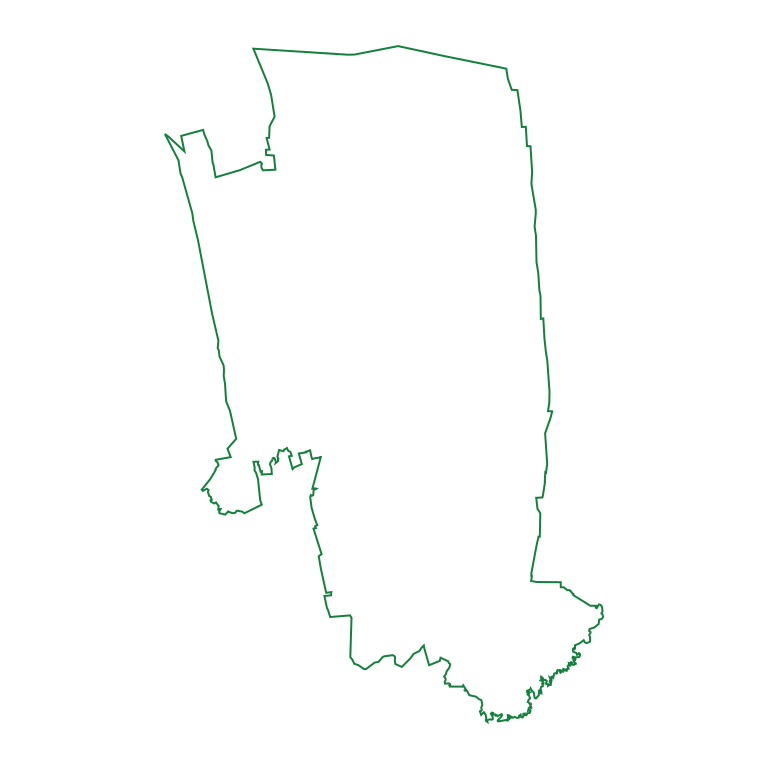 Ciudad Valles, San Luis Potosí, Mexico (Natural Earth projection)
{"feature_id": "50627088B67869096393149", "entity_name": "Ciudad Valles", "entity_type": "district", "adm_level": 2, "iso_a3": "MEX", "parent_name": "Mexico", "parent_adm1": "San Luis Potosí", "projection": "natural_earth1", "projection_center": [-99.028, 22.078], "detail": "fine", "context": "isolated", "style": "outline", "palette": "green", "viewbox_px": 768, "rotation_deg": 0, "n_neighbors": 0, "source": "geoboundaries", "source_scale": "gbopen_adm2", "svg_char_len": 6116}
<svg xmlns="http://www.w3.org/2000/svg" viewBox="0 0 768 768"><path d="M212.1,313.7L218.4,340.7L217.7,348.3L218.8,350.4L219.5,356.5L223.6,365.5L224.0,370.0L223.7,376.1L225.0,383.5L226.1,401.2L230.0,410.9L236.2,438.8L227.5,448.7L230.7,457.1L215.7,459.8L215.7,460.8L217.6,462.5L218.5,465.4L215.7,468.6L215.8,469.5L213.6,473.6L210.0,479.4L201.7,489.7L202.8,490.9L206.8,488.7L208.6,490.2L207.9,492.1L209.2,496.0L210.7,496.7L211.8,499.8L210.5,500.2L210.8,501.6L214.1,503.5L216.0,502.4L218.7,506.3L218.2,509.6L218.8,510.1L219.5,509.1L220.6,509.0L219.1,511.9L219.5,513.2L225.2,514.6L228.1,511.5L228.7,512.2L229.5,512.0L232.3,513.2L235.0,512.9L236.9,510.6L242.4,511.7L244.3,513.3L261.8,504.7L260.2,500.3L258.0,479.2L256.1,472.9L254.5,470.3L254.7,467.6L253.5,461.8L258.3,461.7L257.9,464.1L258.4,465.3L258.8,465.2L260.6,471.8L261.9,471.2L261.7,474.5L271.8,474.0L271.4,467.9L269.9,464.1L270.9,461.7L272.1,460.7L272.7,458.4L273.7,457.8L274.6,458.3L276.0,462.4L275.8,462.9L278.1,461.1L277.8,459.1L278.4,458.8L277.4,456.7L279.1,450.0L283.4,451.2L284.4,449.4L285.1,449.4L286.9,448.0L288.3,450.9L290.3,451.8L291.8,455.8L289.0,456.3L292.6,469.1L294.4,467.3L301.8,464.1L298.8,453.5L306.1,452.3L305.9,451.7L310.1,450.3L311.4,456.8L312.3,459.1L315.8,458.0L320.1,457.6L320.3,457.0L320.8,457.0L312.4,488.7L314.9,488.3L316.4,488.7L315.4,489.3L313.7,489.3L313.2,495.2L311.9,495.8L310.8,495.1L310.2,497.1L311.6,507.8L314.8,518.9L317.3,525.1L315.0,526.3L315.9,528.1L313.5,528.6L321.6,554.2L318.7,556.2L321.0,569.4L326.2,592.8L331.3,592.1L331.0,595.3L324.4,596.0L327.0,608.2L327.9,609.7L330.2,617.0L350.1,615.4L351.5,617.9L350.3,657.1L352.3,659.6L354.4,663.8L358.1,665.0L363.9,669.0L365.9,669.2L374.6,662.6L378.5,661.9L382.4,657.3L383.8,656.4L392.5,655.2L394.1,655.8L395.1,657.2L394.8,661.0L395.4,664.0L401.8,666.9L410.1,658.7L413.6,653.9L419.5,650.9L421.3,648.0L423.8,645.5L424.0,647.3L429.1,665.2L439.8,660.9L440.5,657.7L448.2,661.3L448.7,662.9L450.2,664.2L449.4,667.6L446.7,671.2L445.8,674.3L444.1,676.5L445.5,678.4L445.6,680.1L444.7,681.9L445.0,683.6L449.2,683.4L450.1,684.3L450.3,685.8L449.5,685.8L449.9,686.6L462.6,686.6L463.2,685.3L466.0,689.7L464.6,690.3L464.8,690.6L467.1,690.9L469.3,695.2L475.8,696.6L479.1,699.2L481.4,700.2L482.3,704.7L481.2,707.9L481.8,710.0L481.1,710.9L479.9,711.3L481.2,714.9L483.8,712.2L484.7,713.3L485.7,715.0L486.3,718.1L485.8,720.0L486.1,720.9L487.4,721.9L487.2,720.9L487.9,719.9L489.9,719.3L491.8,719.7L492.9,719.0L492.5,716.7L490.9,713.7L491.8,712.6L493.2,713.0L493.0,714.8L494.9,714.4L495.5,715.6L496.6,715.0L497.4,716.2L501.6,714.1L502.0,714.6L501.7,716.0L501.0,717.1L497.7,720.3L497.9,721.2L498.6,721.4L505.4,720.1L507.6,720.6L508.7,719.5L507.6,719.0L508.2,718.2L507.8,715.1L509.5,715.6L509.4,716.2L510.2,716.4L509.7,717.7L510.0,718.4L511.8,717.0L512.9,717.8L514.6,716.9L517.1,717.9L518.9,717.6L519.1,715.8L520.6,714.6L521.0,716.9L522.4,717.5L522.8,717.2L523.1,716.0L524.3,715.3L523.3,714.4L523.5,713.7L525.3,713.7L525.9,715.1L526.5,715.2L527.2,713.3L529.6,713.0L530.3,711.5L530.5,710.8L530.0,710.2L528.1,710.8L528.8,708.0L530.0,706.9L531.0,708.2L531.4,707.8L530.3,704.9L531.1,704.1L530.9,703.6L529.5,703.7L528.7,702.4L527.8,702.0L528.6,699.7L529.9,698.6L530.0,697.9L528.9,695.3L527.8,694.7L528.8,693.9L528.8,692.9L529.9,692.3L528.1,691.7L527.4,692.6L526.9,691.7L527.1,690.8L530.2,689.5L530.6,688.5L531.3,690.0L533.8,692.5L534.6,697.8L535.9,698.5L538.7,695.4L538.9,693.2L540.5,693.3L539.2,692.2L539.0,691.0L541.3,691.8L541.0,690.0L540.3,689.5L541.1,687.0L542.9,686.1L542.2,683.9L543.2,683.9L543.5,682.6L542.3,681.6L542.0,680.7L540.5,680.3L542.0,678.5L540.9,677.5L541.1,676.7L542.5,677.7L543.9,680.2L545.3,679.8L546.8,681.0L545.9,683.8L548.1,684.3L548.0,685.8L549.3,684.9L550.7,685.0L551.1,682.5L550.2,682.4L551.3,681.1L551.1,680.6L549.9,680.7L550.5,679.1L550.0,677.8L551.5,679.0L551.5,676.9L552.2,676.6L553.3,677.7L554.2,673.7L555.3,673.1L556.3,673.6L557.2,673.2L556.9,671.4L557.4,670.2L558.1,670.7L559.7,669.9L560.7,670.3L560.0,671.9L560.5,672.7L562.0,671.5L563.3,671.7L563.9,669.8L563.1,669.5L563.3,668.9L565.1,669.7L566.3,669.3L565.9,670.6L566.7,670.8L567.2,669.0L568.5,668.8L567.6,666.3L569.2,664.0L568.9,663.0L569.9,663.3L570.2,665.5L570.9,664.7L570.7,662.7L571.1,662.1L572.0,662.5L572.6,664.7L574.0,664.8L575.8,663.8L575.5,663.0L574.3,662.4L573.6,660.4L575.1,660.2L575.4,659.3L572.8,658.4L572.5,657.5L572.9,656.7L575.3,657.4L579.1,657.0L579.9,655.8L580.0,654.5L579.8,653.7L578.9,653.2L578.0,654.4L577.0,654.8L576.3,652.9L573.2,651.8L572.8,650.4L572.9,648.9L573.5,648.3L574.6,649.2L575.0,648.6L575.0,645.3L579.3,643.5L583.7,640.2L584.8,642.3L586.0,642.9L586.9,643.1L590.0,641.6L590.1,637.3L589.2,634.8L590.6,632.7L590.5,632.0L589.1,630.8L589.6,629.0L594.5,627.4L598.6,624.0L599.3,619.5L601.6,619.0L603.1,617.1L602.5,614.2L601.4,613.4L602.6,611.0L601.8,606.3L600.4,604.8L598.8,604.5L596.8,608.1L595.8,607.8L595.7,607.3L596.7,606.3L596.4,605.8L590.3,605.7L573.3,595.2L573.4,593.8L572.4,593.5L570.4,590.7L569.7,590.7L569.0,590.0L567.4,590.2L563.7,587.3L560.8,587.2L560.7,582.2L536.7,582.0L531.1,581.0L531.8,576.7L531.8,575.8L531.3,575.8L531.4,572.9L536.4,546.2L538.5,536.7L539.8,536.7L540.3,513.1L537.5,508.9L536.2,497.8L542.3,497.5L542.9,495.7L545.1,481.4L544.8,481.3L545.3,472.3L546.0,472.7L547.2,463.9L545.1,433.4L550.6,417.6L552.2,411.4L548.0,411.1L549.3,402.7L549.5,391.5L547.2,359.5L546.1,353.7L544.5,339.4L543.3,318.4L540.8,318.9L540.5,295.6L539.4,290.5L538.3,273.3L536.5,261.9L536.0,236.0L534.6,226.6L535.8,213.2L535.7,209.3L531.4,184.1L532.1,171.7L530.5,146.2L527.0,146.1L525.8,126.8L521.8,127.0L520.5,111.1L517.4,90.1L511.7,89.8L507.9,78.9L506.3,68.7L444.4,56.1L398.1,46.1L354.2,54.6L347.5,54.7L253.4,48.7L267.7,83.4L271.1,94.9L274.6,116.6L269.6,126.3L269.1,137.8L266.6,138.0L269.6,149.5L266.0,149.8L266.1,155.0L273.9,155.5L275.4,169.7L263.0,170.3L261.5,167.7L261.3,165.0L262.0,163.7L260.2,161.8L240.0,170.1L215.6,177.3L213.4,164.6L212.6,162.5L211.4,150.5L208.4,145.3L207.4,141.4L204.5,134.8L203.1,129.9L181.2,135.9L184.4,151.4L168.3,136.5L164.9,134.0L178.5,160.4L180.5,173.4L182.1,177.0L192.3,213.2L193.4,221.2L198.0,240.2L212.1,313.7Z" fill="none" stroke="#15803d" stroke-width="2"/></svg>